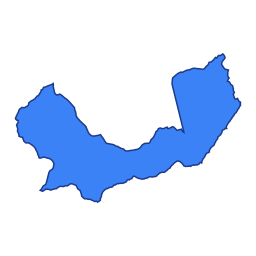 Silvanópolis, Tocantins, Brazil
{"feature_id": "56859067B70110424139834", "entity_name": "Silvanópolis", "entity_type": "district", "adm_level": 2, "iso_a3": "BRA", "parent_name": "Brazil", "parent_adm1": "Tocantins", "projection": "orthographic", "projection_center": [-47.989, -11.112], "detail": "fine", "context": "isolated", "style": "filled", "palette": "blue", "viewbox_px": 256, "rotation_deg": 0, "n_neighbors": 0, "source": "geoboundaries", "source_scale": "gbopen_adm2", "svg_char_len": 5331}
<svg xmlns="http://www.w3.org/2000/svg" viewBox="0 0 256 256"><path d="M40.2,190.3L42.6,191.3L44.7,190.0L46.3,189.0L47.8,189.4L49.3,189.4L50.6,190.1L53.2,189.3L54.7,188.8L56.1,188.8L57.2,188.1L59.0,186.7L60.6,186.3L62.5,186.5L63.8,186.5L65.3,185.7L66.9,185.9L68.1,185.5L69.3,184.5L70.7,183.7L71.9,183.9L73.1,184.1L74.4,184.8L75.9,185.2L76.6,186.3L77.1,187.5L77.6,188.6L78.5,189.5L79.9,190.2L80.4,191.4L80.8,192.4L81.1,193.5L81.4,194.6L81.7,196.2L82.8,197.3L83.8,198.3L84.9,198.9L86.4,198.7L88.0,199.3L89.3,199.3L90.4,199.3L91.4,200.0L92.9,200.5L94.6,201.5L96.5,201.3L97.6,202.1L98.9,201.4L100.3,200.3L100.4,198.5L101.0,197.4L101.5,195.9L101.5,194.6L102.1,193.7L102.4,192.6L103.1,191.5L104.0,190.6L105.2,189.5L106.5,188.6L107.6,188.6L108.4,187.9L109.5,187.6L110.6,187.1L111.8,187.1L112.7,186.6L113.6,185.2L114.9,185.1L115.9,184.5L117.2,183.7L118.7,183.7L119.7,183.3L121.0,183.3L122.2,183.3L123.7,183.0L125.1,182.4L126.4,181.7L127.2,180.1L128.3,179.7L129.3,179.9L130.3,179.0L131.8,178.6L132.5,177.3L133.6,176.2L135.0,176.4L136.3,177.4L137.4,177.9L138.8,178.4L140.2,178.7L141.7,179.1L143.5,179.0L144.9,178.7L145.8,178.2L147.0,178.1L148.0,177.7L149.0,176.9L150.1,176.6L151.3,177.0L152.8,177.0L154.1,176.6L155.5,176.5L156.6,176.0L157.9,174.6L159.5,173.3L160.7,172.6L162.4,172.2L164.3,172.3L165.3,171.7L166.2,170.9L167.4,170.0L168.4,168.9L169.3,168.4L170.3,167.8L170.6,166.8L171.6,165.6L172.9,164.5L174.0,163.3L174.9,162.5L175.8,162.0L176.8,161.1L178.1,161.0L179.1,161.4L180.2,161.6L181.0,162.5L182.1,163.4L183.0,164.5L183.8,165.8L185.3,166.4L186.3,166.4L188.1,166.3L189.5,166.0L190.6,166.4L191.7,165.5L192.8,165.1L194.5,165.2L195.9,164.9L197.3,164.9L198.8,164.2L199.6,163.2L200.3,162.4L201.7,163.0L201.8,161.7L202.3,160.4L203.0,158.9L203.9,157.8L204.8,156.6L205.3,155.2L206.1,154.0L206.8,153.1L208.3,152.7L209.4,151.9L209.3,150.3L210.0,149.3L210.7,148.0L211.9,146.8L213.3,145.7L214.2,144.9L214.7,143.2L215.5,142.1L216.0,140.7L217.1,139.5L217.7,138.4L217.7,137.2L218.5,136.5L219.5,135.7L220.5,134.8L221.2,133.7L221.9,132.4L222.3,130.3L224.1,129.5L225.1,128.6L226.7,128.5L226.1,127.2L226.7,125.7L227.5,124.4L227.9,123.4L228.9,122.3L230.1,120.8L230.9,119.4L231.8,118.4L232.3,117.3L233.1,116.3L233.9,115.5L234.2,114.6L234.9,113.6L236.0,112.7L236.9,111.3L237.6,109.9L238.6,108.5L239.4,107.2L239.8,106.1L240.6,105.1L240.0,104.0L240.6,103.1L240.3,102.0L239.1,101.4L238.4,100.2L237.5,98.4L236.1,99.1L234.8,98.9L234.5,97.8L233.9,96.3L233.4,95.0L233.4,93.9L234.4,92.7L234.0,91.6L233.3,90.6L233.4,89.1L233.1,88.1L232.9,87.0L232.5,85.6L231.6,85.1L230.7,84.3L230.1,83.1L229.5,82.0L228.4,81.6L227.4,81.3L227.9,80.3L228.2,79.1L229.1,78.1L228.3,76.8L227.5,75.7L227.8,74.4L227.7,73.1L227.9,71.7L228.5,70.1L227.1,69.6L225.5,69.4L224.2,68.3L223.2,67.0L222.6,65.8L221.8,65.0L221.7,63.7L222.0,62.2L222.7,61.1L223.3,60.1L224.1,59.2L225.0,58.2L224.7,56.4L223.7,54.8L222.8,53.9L221.5,54.9L220.2,55.5L218.5,55.5L217.7,56.5L216.8,58.0L215.5,57.4L214.7,58.3L214.1,59.3L212.8,60.5L211.3,61.9L209.1,62.3L208.5,63.9L207.6,65.4L206.3,66.2L204.4,68.7L203.1,69.3L200.8,69.0L198.8,68.7L196.7,68.6L195.7,68.4L194.3,68.2L192.5,68.5L191.5,69.0L190.3,69.3L189.3,70.0L188.0,69.9L186.8,70.2L185.7,70.7L183.8,71.6L182.3,72.4L181.0,72.0L178.2,73.3L175.8,75.1L174.5,76.3L172.8,77.8L172.4,79.2L172.3,80.9L172.1,82.3L172.1,84.3L183.9,132.3L182.5,131.4L181.7,130.1L181.2,129.1L180.0,129.6L178.7,129.8L177.1,130.4L175.0,128.3L173.6,127.0L172.2,126.7L171.3,127.4L168.9,128.5L167.7,128.5L167.3,127.2L166.0,127.4L164.4,128.3L162.6,128.7L160.1,128.0L158.3,128.7L157.9,130.0L157.0,130.8L156.0,131.6L155.3,133.6L154.6,135.0L154.0,136.3L152.7,138.2L151.6,139.1L150.8,140.0L150.4,141.3L149.7,142.7L148.6,143.3L147.2,143.2L144.5,143.5L143.1,144.4L141.9,145.2L141.3,146.3L140.5,147.4L139.6,148.0L138.5,148.8L137.2,149.4L135.8,149.6L134.7,149.7L133.8,150.2L130.9,150.4L128.3,150.9L126.1,151.0L124.7,150.4L124.1,149.4L122.9,148.8L121.5,148.5L120.1,147.8L118.9,147.2L118.0,146.5L115.9,146.1L114.8,145.3L112.9,144.5L111.2,144.2L106.8,143.4L105.6,142.4L104.1,140.0L103.4,138.6L101.9,136.7L100.5,134.7L99.2,135.1L97.4,135.5L94.6,136.0L92.5,136.0L91.3,135.6L89.0,133.6L88.4,132.5L86.4,128.0L86.1,126.9L85.1,125.7L80.0,120.9L79.2,119.9L77.3,117.9L76.2,115.8L75.8,113.1L75.5,111.5L74.8,110.3L74.5,107.8L72.8,105.7L69.8,102.3L68.3,100.8L66.9,99.4L65.3,98.3L64.0,97.3L62.4,95.9L61.2,94.9L59.7,94.1L58.1,94.8L56.4,94.9L54.9,93.4L54.5,92.2L53.3,87.0L53.3,85.7L53.4,84.6L53.2,83.5L51.7,84.5L50.3,85.0L48.3,85.7L46.5,86.5L45.4,87.0L43.5,87.4L43.0,88.6L42.5,89.5L41.2,89.9L40.9,91.6L39.4,93.9L38.4,95.7L37.3,95.9L34.8,98.9L32.6,100.3L31.3,100.8L28.8,102.8L28.5,104.8L27.8,105.8L26.3,106.6L25.1,107.4L23.5,107.7L22.0,107.4L21.1,108.1L19.5,109.2L18.8,110.7L18.3,112.3L16.3,116.2L15.4,118.7L16.8,120.2L18.1,120.4L18.1,122.5L17.4,123.5L16.6,124.9L17.0,126.5L17.5,128.0L17.8,129.1L17.5,130.2L17.5,131.3L18.0,132.5L18.7,133.7L19.0,136.3L20.5,136.9L22.5,137.3L23.0,138.7L23.9,141.2L25.6,142.8L27.2,142.9L28.5,142.9L29.8,143.5L32.3,145.3L33.8,146.4L35.5,148.6L36.0,150.1L37.1,151.8L37.4,152.8L37.9,154.8L38.6,155.8L38.9,157.6L40.0,158.2L43.9,157.0L45.1,157.4L48.0,158.3L50.0,158.7L51.0,159.6L52.2,160.4L53.5,162.6L54.0,164.1L53.5,165.9L53.3,167.6L52.5,169.0L49.8,170.9L48.9,172.6L47.1,179.8L46.0,184.0L44.6,185.2L43.4,185.9L42.7,186.8L41.6,188.9L40.2,190.3Z" fill="#3b82f6" stroke="#1e3a8a" stroke-width="1.5"/></svg>